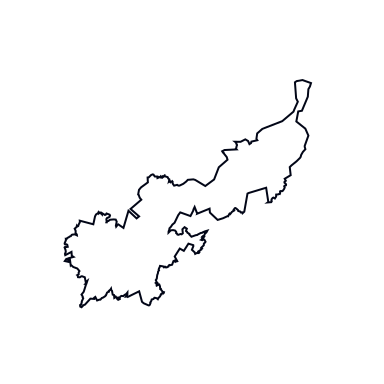 the district of Iguala de la Independencia, Guerrero, Mexico, rotated 218°
{"feature_id": "50627088B62189506174219", "entity_name": "Iguala de la Independencia", "entity_type": "district", "adm_level": 2, "iso_a3": "MEX", "parent_name": "Mexico", "parent_adm1": "Guerrero", "projection": "equal_earth", "projection_center": [-99.567, 18.192], "detail": "fine", "context": "isolated", "style": "outline", "palette": "ink", "viewbox_px": 384, "rotation_deg": 218, "n_neighbors": 0, "source": "geoboundaries", "source_scale": "gbopen_adm2", "svg_char_len": 5998}
<svg xmlns="http://www.w3.org/2000/svg" viewBox="0 0 384 384"><g transform="rotate(218 192 192)"><path d="M165.3,351.1L173.9,348.2L177.8,343.8L178.4,341.8L167.6,329.9L164.2,328.3L162.1,319.7L161.5,317.8L164.5,303.4L175.4,285.1L176.7,278.3L174.0,273.6L172.4,273.0L176.2,268.3L175.6,266.9L176.2,265.1L179.2,266.7L182.4,266.3L184.6,261.5L189.0,258.1L187.4,258.1L186.9,257.3L185.9,257.1L185.2,256.3L185.1,255.6L184.2,253.9L184.2,253.2L183.1,253.0L192.2,245.1L193.3,242.7L191.7,242.1L191.2,242.4L190.3,241.9L186.1,240.9L183.9,239.3L186.1,228.0L182.3,215.5L185.2,204.9L196.9,203.5L198.7,202.8L202.8,199.0L203.0,196.7L203.9,193.1L205.8,189.3L206.7,188.6L208.1,188.5L210.0,186.0L212.0,186.6L213.6,187.8L213.6,188.1L214.2,188.3L214.3,187.6L215.3,186.8L215.1,186.4L215.8,186.3L215.9,187.1L216.6,187.0L216.7,186.2L217.6,188.0L218.9,188.0L220.4,188.7L223.1,187.7L223.5,188.0L223.6,187.4L223.9,187.6L224.1,186.0L224.7,186.5L225.0,186.3L225.1,185.7L224.6,184.7L225.2,184.4L226.3,184.9L226.3,183.8L227.3,183.5L227.3,182.6L227.8,181.7L228.9,182.8L230.9,181.3L233.1,182.0L233.9,181.6L234.7,180.1L235.1,176.9L235.9,176.1L232.7,172.4L235.0,164.3L235.1,161.1L232.9,156.9L232.4,157.0L229.7,155.3L227.2,154.7L230.0,140.8L218.7,140.2L219.4,137.1L230.5,138.1L223.9,121.5L230.2,121.1L230.5,120.5L230.6,119.7L230.4,119.2L230.6,118.6L230.4,118.6L230.4,118.0L231.3,118.7L233.1,122.3L235.1,123.3L236.8,122.2L239.5,119.7L240.1,117.6L240.5,117.2L240.7,116.2L240.5,115.6L240.8,115.4L241.1,116.2L242.8,117.9L242.9,119.4L242.3,120.2L241.7,121.8L242.2,123.1L243.0,123.4L246.9,122.2L246.2,122.1L246.1,121.6L246.0,121.0L246.5,120.3L250.2,119.9L249.3,118.9L251.5,119.1L252.0,118.2L252.3,118.7L253.1,118.8L253.0,118.5L253.6,118.9L252.7,117.3L253.3,116.7L253.8,115.2L253.4,113.1L249.9,105.8L262.8,100.3L261.8,99.2L261.2,96.3L260.7,95.1L261.2,94.1L261.9,94.4L261.4,93.1L261.9,90.9L259.7,89.7L258.6,88.1L256.6,87.6L256.0,87.0L258.2,86.5L260.1,84.7L260.4,84.1L260.3,82.6L261.0,81.6L261.2,80.6L262.0,78.9L261.8,78.2L262.2,77.6L262.6,77.4L261.7,76.4L260.8,73.2L260.3,72.7L259.5,72.6L258.7,73.5L257.8,73.6L256.2,72.3L257.3,71.1L258.2,70.5L258.3,69.9L255.9,68.4L254.6,67.1L254.0,65.0L253.0,64.2L250.1,70.6L247.5,67.8L245.4,67.9L248.8,63.4L248.6,62.2L249.8,61.9L249.7,59.3L246.3,60.9L246.9,62.3L246.8,63.8L242.6,59.7L242.6,60.0L239.4,59.8L235.3,61.1L232.0,60.4L231.8,58.9L230.6,57.3L231.2,55.9L230.8,55.9L229.4,54.7L227.9,55.7L227.3,57.4L226.8,57.9L224.0,58.8L220.3,55.6L219.8,57.6L218.8,54.8L219.2,54.6L219.4,53.7L218.8,53.9L218.4,53.4L215.9,46.7L215.9,43.1L213.8,42.4L213.5,41.8L212.3,41.3L211.5,37.9L211.0,37.3L210.4,35.7L210.1,35.5L210.4,34.6L210.1,34.1L210.4,33.8L209.5,32.9L208.1,33.2L207.8,36.0L207.0,37.4L206.4,45.4L203.3,47.5L204.0,48.4L203.6,49.8L200.0,48.1L198.6,50.3L197.9,50.8L197.8,52.9L197.1,54.0L196.2,56.6L196.4,57.4L196.2,57.7L197.0,60.4L196.5,61.8L196.1,62.1L196.3,62.9L196.6,63.0L196.2,65.0L196.3,66.0L195.2,65.0L194.1,64.8L191.3,62.3L190.0,62.8L188.0,60.7L187.8,61.3L188.1,62.6L187.8,62.7L184.7,61.6L183.8,61.6L183.5,62.2L184.8,62.7L185.2,63.4L184.8,63.7L183.9,63.3L183.3,63.5L184.0,64.3L184.0,65.8L183.6,66.7L182.0,67.7L181.8,69.2L181.0,71.3L181.0,73.0L179.8,71.4L179.6,68.9L178.5,70.0L178.0,69.8L172.5,81.2L163.8,74.7L161.5,74.6L156.8,75.8L156.1,76.1L155.8,77.1L156.4,79.1L156.9,79.3L157.0,81.0L157.6,82.5L156.5,83.9L156.5,85.5L156.3,85.7L154.3,86.6L152.9,86.5L153.2,87.9L152.9,90.1L153.4,91.6L153.1,92.2L153.5,92.5L153.3,93.6L152.2,94.2L152.1,95.1L152.4,95.8L153.5,95.3L156.4,96.0L156.8,96.4L157.3,96.0L159.2,98.0L160.9,99.0L161.5,98.7L161.5,97.9L162.2,96.5L162.7,96.9L162.4,98.0L163.2,99.1L163.7,99.1L164.3,98.0L164.6,98.0L164.3,99.2L166.3,100.3L166.4,102.0L168.3,105.2L168.8,106.9L169.7,108.4L169.8,110.0L170.4,110.2L171.0,111.5L171.1,112.6L171.7,114.1L169.0,115.6L168.0,115.4L168.0,115.9L167.4,116.5L166.9,116.7L166.5,116.3L165.5,117.0L164.7,118.7L165.1,119.4L165.0,120.3L164.8,120.6L164.4,120.5L162.9,122.5L164.1,126.1L163.9,126.5L163.7,126.2L162.9,126.5L163.3,127.1L163.1,127.6L162.4,127.9L162.0,127.5L161.8,128.4L161.2,128.1L161.0,128.4L165.9,130.5L166.8,139.9L162.2,140.6L163.0,149.1L158.3,150.9L157.6,150.2L156.5,146.4L152.8,146.1L151.4,145.2L150.7,146.8L149.1,148.0L149.1,149.2L149.8,149.5L150.3,148.4L150.5,148.8L149.3,152.2L149.8,152.5L149.3,153.6L150.4,153.9L149.9,157.2L150.9,158.7L150.6,160.4L150.7,161.1L152.8,162.0L154.1,161.1L154.3,160.3L155.2,160.0L154.6,161.5L155.4,161.7L154.8,162.3L156.4,162.9L156.3,163.5L155.0,163.1L154.9,163.6L154.9,164.5L155.8,164.6L155.7,165.7L156.3,167.1L156.1,167.1L155.8,169.1L156.1,171.0L157.6,168.9L158.7,166.9L158.9,166.1L159.8,165.2L161.2,162.2L161.4,161.4L162.5,160.2L164.9,156.4L168.0,156.9L168.3,157.4L170.6,157.1L171.4,157.6L172.5,157.5L173.0,158.1L173.5,159.9L176.2,159.7L176.6,156.7L173.8,153.8L174.1,152.3L175.1,151.9L176.5,149.8L177.4,149.5L178.3,150.0L179.1,149.8L180.0,150.9L181.6,151.2L183.5,150.3L185.1,148.7L185.5,145.6L186.2,146.6L186.6,148.1L187.4,149.5L187.2,151.5L187.4,154.2L186.8,157.0L188.6,165.2L188.7,168.7L178.4,172.1L179.6,178.3L180.1,179.1L180.7,181.8L175.5,178.7L174.7,178.9L174.5,178.2L167.9,189.7L165.2,186.8L154.6,185.8L151.4,190.4L149.1,194.9L148.6,195.1L149.1,197.8L149.1,198.1L148.3,198.1L148.3,200.9L147.4,203.3L148.2,203.4L148.3,205.6L147.9,206.1L147.0,206.2L144.7,206.1L143.8,205.5L142.0,206.3L141.0,205.9L140.1,206.8L139.1,206.3L138.7,208.7L147.3,224.9L146.8,226.0L136.2,241.0L125.7,231.1L125.9,230.4L123.3,232.8L123.5,233.9L124.3,234.3L124.8,235.4L124.8,237.0L124.4,237.7L122.7,237.9L122.9,240.2L124.1,241.8L122.6,243.2L122.2,244.1L121.6,244.4L121.9,245.4L123.0,246.7L122.6,247.5L121.6,248.0L121.2,248.8L121.3,251.1L121.7,252.6L122.9,253.3L122.9,253.8L122.1,255.1L122.3,255.6L123.0,256.1L124.9,256.3L125.4,257.1L125.0,258.6L127.1,259.5L124.6,266.0L130.3,271.8L130.0,274.2L128.5,280.7L127.9,285.3L128.0,286.6L128.8,288.4L129.3,291.9L129.0,295.5L131.0,297.0L131.6,297.8L135.0,308.1L141.7,311.7L153.2,311.8L157.9,320.9L155.4,323.7L159.4,338.4L163.6,344.7L164.0,347.7L165.3,351.1Z" fill="none" stroke="#020617" stroke-width="2"/></g></svg>